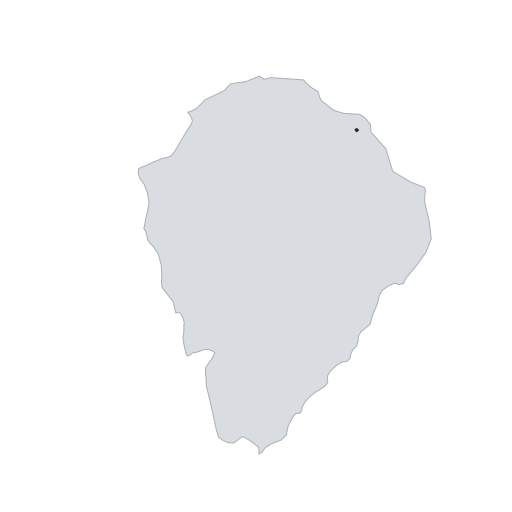 18 de Mayo, Canelones, Uruguay (highlighted), rotated 210°
{"feature_id": "84410073B56582914281791", "entity_name": "18 de Mayo", "entity_type": "district", "adm_level": 2, "iso_a3": "URY", "parent_name": "Uruguay", "parent_adm1": "Canelones", "projection": "equal_earth", "projection_center": [-56.223, -34.699], "detail": "fine", "context": "in_parent", "style": "filled", "palette": "slate", "viewbox_px": 512, "rotation_deg": 210, "n_neighbors": 0, "source": "geoboundaries", "source_scale": "gbopen_adm2", "svg_char_len": 2177}
<svg xmlns="http://www.w3.org/2000/svg" viewBox="0 0 512 512"><g transform="rotate(210 256 256)"><path d="M387.1,346.4L384.4,349.1L381.4,354.1L377.9,366.3L366.4,383.0L364.0,392.5L351.7,402.3L343.0,413.4L337.4,413.1L332.3,417.9L303.1,432.2L292.7,429.5L284.9,429.6L277.7,423.3L261.3,421.0L251.0,423.5L237.2,430.5L233.1,430.4L230.1,430.0L222.6,427.1L218.5,420.9L197.2,413.8L180.0,397.7L159.8,397.4L144.3,399.5L141.9,397.3L140.3,393.2L137.0,387.2L123.5,372.9L112.9,358.7L110.7,344.7L112.0,329.5L115.1,311.4L114.5,305.8L118.3,302.5L122.2,301.9L125.9,297.2L129.2,290.1L129.7,284.8L127.0,274.8L125.1,260.9L123.0,254.0L127.2,243.1L127.3,237.7L124.8,233.1L124.1,228.2L125.2,223.3L124.9,218.5L123.3,214.0L124.5,210.2L128.4,207.2L131.3,202.6L133.2,196.4L134.2,191.7L134.2,188.5L133.0,185.4L130.6,182.5L131.6,176.8L136.3,168.1L139.3,160.5L140.6,153.8L140.5,148.4L138.9,144.3L139.6,141.5L142.4,140.0L143.7,135.7L143.2,124.9L140.2,116.0L142.4,108.9L148.9,100.7L152.3,94.1L152.6,89.1L154.6,86.2L157.8,91.6L167.1,93.0L176.5,93.2L178.1,91.9L181.7,83.0L186.6,80.4L191.9,79.8L197.7,80.2L203.9,86.1L221.3,105.4L234.1,118.7L238.0,125.0L241.4,129.7L243.9,134.1L242.8,145.5L243.0,150.5L243.6,151.9L246.5,152.1L250.8,151.2L254.5,148.8L257.3,145.2L260.1,142.2L262.4,140.6L263.2,138.2L264.5,135.7L265.8,135.1L268.3,137.0L274.3,143.5L278.9,149.5L280.0,153.0L281.8,156.5L283.7,159.7L285.0,162.7L289.5,166.7L294.0,169.2L297.0,166.6L304.7,174.9L321.7,181.8L324.8,186.0L327.7,191.9L333.6,200.9L341.8,208.9L348.3,212.3L354.7,214.3L358.2,216.0L360.6,219.1L364.4,222.5L366.9,223.7L367.7,226.7L370.1,233.2L372.7,241.4L375.4,249.0L381.5,256.3L388.4,262.0L395.6,265.2L399.6,269.2L401.3,273.3L396.4,279.5L391.0,287.2L386.3,293.3L381.5,297.5L379.8,300.4L378.7,304.9L378.5,328.8L378.0,337.7L378.4,340.1L379.0,341.7L382.0,344.0L385.6,346.0L387.1,346.4Z" fill="#d9dde1" stroke="#a8b0b8" stroke-width="1"/><path d="M230.7,415.2L230.7,415.4L230.7,415.5L230.6,415.9L230.5,416.0L231.1,416.3L231.7,416.3L231.8,416.3L232.2,416.6L233.2,415.3L232.3,414.5L232.2,414.6L232.0,414.8L231.8,414.8L231.7,414.8L231.7,414.7L231.3,414.3L230.8,415.1L230.7,415.1L230.7,415.2Z" fill="#64748b" stroke="#1e293b" stroke-width="1.5"/></g></svg>